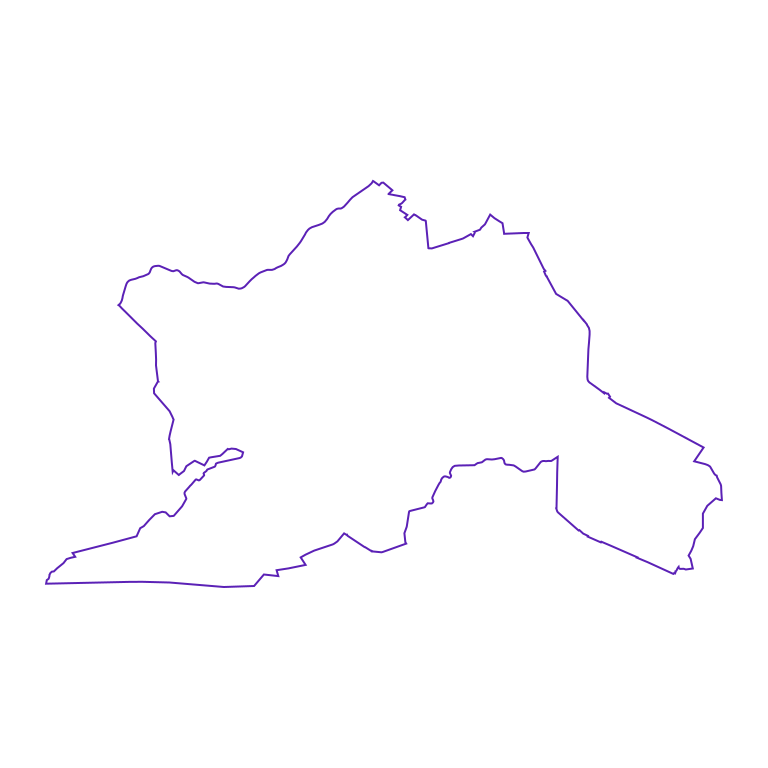 Barkavas pag., Madona, Latvia (Mercator projection)
{"feature_id": "27541924B85435526421867", "entity_name": "Barkavas pag.", "entity_type": "district", "adm_level": 2, "iso_a3": "LVA", "parent_name": "Latvia", "parent_adm1": "Madona", "projection": "mercator", "projection_center": [26.589, 56.738], "detail": "fine", "context": "isolated", "style": "outline", "palette": "violet", "viewbox_px": 768, "rotation_deg": 0, "n_neighbors": 0, "source": "geoboundaries", "source_scale": "gbopen_adm2", "svg_char_len": 6076}
<svg xmlns="http://www.w3.org/2000/svg" viewBox="0 0 768 768"><path d="M703.6,447.5L668.2,428.5L651.8,420.0L646.9,417.6L616.2,403.3L609.0,397.8L610.0,396.7L608.0,393.6L607.0,393.7L606.5,393.5L604.0,392.2L603.9,392.5L603.9,393.1L599.4,389.6L589.4,382.4L588.3,381.2L587.6,379.7L587.3,376.8L588.4,349.4L589.0,342.6L589.6,334.5L589.6,331.0L588.9,327.9L587.1,325.1L587.0,324.5L583.6,320.2L583.5,320.4L567.7,300.9L556.1,293.9L547.0,277.1L546.9,276.5L546.5,276.5L545.7,275.3L544.1,271.6L545.4,270.9L544.0,269.2L543.6,268.6L533.2,247.5L531.1,244.2L528.0,238.7L527.5,237.7L527.4,237.4L528.7,233.0L523.8,233.0L504.1,233.8L504.0,232.6L502.5,223.2L499.5,221.4L494.5,218.2L490.2,214.6L485.2,223.9L484.8,224.5L481.3,227.6L480.0,229.7L474.7,231.7L474.9,231.8L474.6,233.1L473.0,236.2L470.9,234.1L463.0,238.5L461.2,239.1L449.0,242.9L449.0,243.1L431.9,248.4L428.6,248.3L428.4,248.2L425.8,221.0L425.5,220.6L422.1,219.7L415.5,215.1L415.3,215.2L414.0,214.4L407.9,220.1L404.9,217.3L405.5,216.9L407.3,214.9L400.1,210.2L401.1,206.8L398.7,205.4L399.0,204.7L401.3,203.6L402.1,203.0L404.8,200.0L405.4,199.6L404.6,197.2L399.1,196.0L388.6,194.1L388.6,193.9L392.4,190.3L383.3,182.6L381.5,182.8L379.1,185.3L373.7,181.4L373.0,181.0L372.3,182.2L371.6,183.3L368.6,186.1L352.5,197.2L350.1,199.7L347.3,203.0L344.0,206.6L343.3,207.1L342.2,207.9L340.9,208.5L338.7,208.5L337.7,208.7L336.9,208.9L336.0,209.4L332.8,211.8L330.5,214.0L328.8,216.2L327.2,218.9L324.8,221.8L322.9,223.2L322.0,223.7L318.6,225.0L311.9,227.2L309.4,228.6L308.8,229.2L308.0,229.9L306.0,232.5L305.0,234.5L301.0,241.1L299.9,242.7L296.9,246.5L289.7,254.4L288.5,256.0L287.3,259.3L286.6,260.7L285.6,262.5L284.4,263.8L283.1,264.7L281.1,265.9L277.4,267.4L275.5,268.4L274.7,269.0L271.9,269.9L269.5,269.9L268.0,269.8L266.8,270.0L260.6,272.4L258.9,273.3L255.6,275.8L253.7,277.5L251.7,279.2L249.6,281.3L245.0,286.3L244.1,287.0L242.1,288.1L240.9,288.5L238.8,288.7L234.7,287.4L233.3,287.2L226.1,286.9L223.1,286.5L218.3,283.9L216.9,283.5L214.3,283.8L209.7,283.6L204.2,282.4L203.3,282.3L198.5,283.2L197.8,283.2L194.5,281.8L188.6,277.7L187.4,277.0L182.9,275.0L182.1,274.4L181.6,273.9L179.6,271.5L178.9,271.0L177.6,270.3L176.3,270.2L173.4,271.2L172.3,271.1L171.4,270.9L160.0,266.1L159.0,265.8L157.9,265.8L155.0,266.1L153.9,266.4L153.0,266.8L152.1,267.5L151.5,268.2L151.1,268.9L150.3,270.8L150.0,271.8L149.5,272.7L148.8,273.6L148.1,274.1L143.3,276.2L139.6,277.1L138.7,277.4L137.5,278.0L135.4,278.8L131.2,279.8L129.3,280.5L128.1,281.5L127.2,282.5L126.4,284.1L125.6,286.5L122.9,295.6L122.6,297.1L122.5,297.9L121.8,300.5L120.8,302.6L120.1,303.7L118.5,305.1L119.4,305.7L122.0,308.5L128.2,314.6L137.1,323.5L142.7,328.7L150.1,336.0L155.9,341.4L155.3,343.0L155.8,352.3L156.1,359.5L156.0,365.4L158.0,381.4L158.2,381.6L157.8,381.7L153.9,388.6L153.9,388.8L154.1,393.3L169.6,411.2L172.6,417.3L173.0,418.4L173.6,419.5L170.6,431.3L169.6,435.7L169.0,439.3L169.3,439.6L170.3,444.2L171.8,462.4L172.7,471.9L173.5,470.3L178.8,475.0L179.1,474.8L179.1,474.7L184.0,471.0L186.3,466.3L186.5,466.1L194.5,460.8L194.9,460.8L204.4,465.4L206.9,461.6L209.1,457.7L211.0,457.3L220.2,455.8L222.4,454.0L227.8,448.9L228.8,449.3L231.5,448.6L235.9,449.0L243.1,452.3L242.0,456.3L241.5,456.9L240.8,457.5L239.8,458.0L218.1,462.7L216.2,463.5L215.9,463.8L215.6,465.2L215.4,465.7L215.1,466.3L214.7,466.7L207.4,469.5L207.2,469.7L206.4,471.0L203.9,472.9L203.6,473.5L204.1,474.9L204.1,475.4L199.8,480.0L198.9,480.4L196.5,479.5L196.1,479.4L195.5,479.8L191.3,484.7L190.1,485.8L189.3,486.8L185.1,491.5L184.6,492.6L184.5,493.0L184.6,494.1L186.3,498.4L186.3,498.9L182.1,506.3L173.9,515.7L173.6,515.9L169.7,516.3L169.1,515.8L165.7,512.4L162.2,511.8L154.9,514.2L149.2,520.0L143.8,526.1L140.2,528.2L136.6,536.3L112.9,542.7L72.6,553.0L75.2,556.8L70.7,557.8L66.6,559.1L63.5,563.1L57.2,568.2L53.9,571.4L51.8,571.7L50.4,573.0L49.4,575.0L49.5,575.7L49.0,577.8L48.5,578.9L46.8,580.1L46.1,583.7L128.4,581.9L142.1,581.8L169.4,582.5L223.9,587.0L254.1,586.0L263.9,574.5L278.3,576.1L276.6,570.2L288.4,568.4L305.6,564.9L300.7,557.4L305.5,554.7L314.2,550.6L332.8,544.4L334.3,543.6L337.4,541.4L344.1,533.4L346.6,534.9L347.0,534.7L347.6,535.8L364.6,547.1L365.0,547.1L371.6,551.2L371.7,550.9L372.4,551.2L372.3,551.4L381.5,552.3L382.7,552.0L406.2,543.6L405.3,542.1L405.3,541.2L405.2,540.8L404.4,533.2L406.6,527.1L406.8,526.3L409.0,512.1L409.2,511.5L409.3,511.3L409.9,511.0L424.1,507.4L424.9,507.1L426.8,504.3L427.7,503.3L431.2,503.5L431.9,503.4L432.6,502.8L433.1,502.2L433.4,501.5L433.1,500.1L432.5,498.8L432.3,498.2L432.4,497.3L435.2,491.1L436.3,489.0L438.5,484.8L439.7,482.8L440.3,482.3L440.8,481.2L441.2,479.6L442.2,478.0L443.7,476.7L444.5,476.4L445.5,476.4L447.8,477.0L448.9,477.7L449.6,477.8L450.4,477.4L450.9,476.6L451.1,475.7L449.9,473.0L449.9,472.3L450.6,470.6L451.3,469.1L452.7,467.1L454.6,465.9L455.1,465.8L458.8,465.5L474.5,465.2L476.5,463.8L477.6,463.1L479.2,462.8L481.3,462.4L482.0,462.2L485.1,459.8L486.2,459.3L487.3,459.2L491.9,459.5L494.7,459.2L501.1,457.9L501.9,458.1L503.1,459.1L503.4,459.5L504.0,460.4L504.5,463.0L505.1,463.9L505.9,464.5L507.2,464.7L509.3,464.8L513.7,465.4L515.6,466.5L522.3,471.2L523.7,471.7L524.6,471.6L525.7,471.5L534.3,469.5L534.7,469.3L535.6,468.4L540.7,462.0L541.7,461.4L543.0,461.0L544.6,461.0L545.9,461.2L548.4,460.9L550.1,461.0L551.4,460.9L557.7,456.8L557.2,472.4L557.0,485.4L556.5,508.2L556.2,508.3L557.3,511.5L558.0,512.4L578.6,530.5L579.4,530.1L583.2,533.6L588.0,535.9L587.7,536.6L600.9,542.4L601.3,541.7L609.8,545.3L637.3,557.3L636.9,557.7L647.7,562.2L673.3,573.9L674.1,573.1L675.0,573.5L675.5,572.4L675.4,571.8L675.4,571.5L675.5,571.5L675.9,571.2L676.7,570.2L677.0,569.4L678.0,567.6L678.6,566.9L678.7,567.5L678.9,568.1L679.6,568.7L680.2,568.9L683.6,568.8L684.4,569.0L685.8,569.5L692.8,568.5L690.6,558.8L688.6,555.6L691.3,550.7L693.2,546.2L694.9,539.2L699.6,532.9L702.9,528.0L702.9,513.6L707.3,505.8L715.9,498.3L719.9,499.9L721.9,500.1L721.4,492.9L721.1,485.9L720.9,485.2L720.7,484.4L717.1,477.3L716.7,475.6L716.1,475.4L715.1,474.7L714.5,474.0L714.1,473.5L710.1,466.6L709.1,465.9L707.8,465.1L705.1,464.1L694.2,461.3L703.6,447.5Z" fill="none" stroke="#5b21b6" stroke-width="2"/></svg>